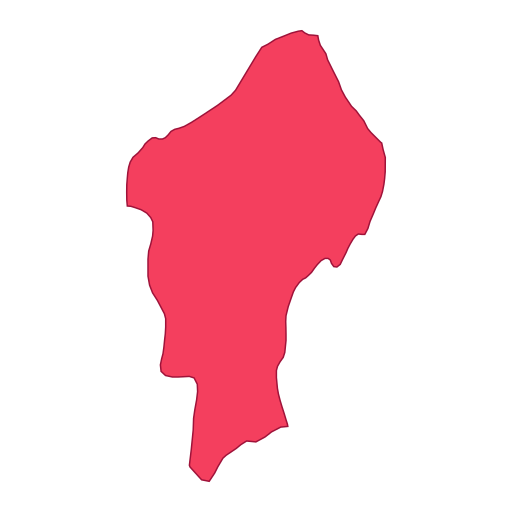 Boumi-Louetsi, Ngounié, Gabon (Equal Earth projection)
{"feature_id": "22940354B74910664495270", "entity_name": "Boumi-Louetsi", "entity_type": "district", "adm_level": 2, "iso_a3": "GAB", "parent_name": "Gabon", "parent_adm1": "Ngounié", "projection": "equal_earth", "projection_center": [11.888, -2.012], "detail": "fine", "context": "isolated", "style": "filled", "palette": "rose", "viewbox_px": 512, "rotation_deg": 0, "n_neighbors": 0, "source": "geoboundaries", "source_scale": "gbopen_adm2", "svg_char_len": 2183}
<svg xmlns="http://www.w3.org/2000/svg" viewBox="0 0 512 512"><path d="M317.8,35.7L313.5,35.2L308.7,34.9L305.1,33.1L304.7,32.9L301.9,30.7L298.3,31.2L291.2,33.1L284.8,35.7L275.4,39.4L267.8,44.3L261.8,47.3L255.7,56.8L235.6,90.2L231.1,95.2L217.5,105.4L201.9,115.7L191.6,122.3L184.3,126.4L178.9,128.3L174.8,129.3L171.0,131.4L168.0,135.1L165.3,137.7L162.5,139.0L158.8,139.0L155.7,137.7L152.2,137.9L148.1,141.0L145.0,144.0L142.8,147.6L138.0,153.0L133.0,157.3L130.2,162.1L128.7,167.1L127.8,172.6L127.3,178.2L126.8,184.7L126.7,192.1L126.8,200.0L127.3,206.0L130.9,206.3L135.1,207.6L141.1,209.7L146.8,213.1L150.7,217.5L152.8,221.8L153.1,230.5L152.6,236.1L150.8,243.9L148.7,251.0L148.0,259.1L148.0,267.5L148.0,276.2L149.6,285.2L152.6,292.9L157.4,300.4L164.4,313.7L165.7,318.7L165.7,327.1L165.3,333.9L164.6,340.1L163.9,347.2L163.0,353.7L161.6,359.0L160.4,364.9L161.1,371.4L165.5,375.5L172.4,377.0L177.7,377.0L183.7,376.7L189.3,376.4L194.1,377.9L197.3,384.2L197.6,391.6L196.6,400.0L194.8,409.9L193.6,418.3L193.2,430.1L191.3,449.3L189.4,465.3L190.1,467.1L201.6,479.8L209.2,481.3L214.7,473.0L217.8,466.8L222.9,458.2L226.2,455.2L236.3,448.4L240.9,444.6L246.6,441.0L255.9,441.9L265.1,436.9L271.5,431.9L280.7,427.1L287.8,426.4L287.4,424.1L286.0,419.7L284.3,414.0L281.8,406.2L280.1,400.5L278.4,393.9L277.4,388.3L276.4,377.6L276.4,370.5L277.5,366.3L280.1,361.7L283.2,357.4L284.8,352.4L285.3,347.4L286.0,340.5L286.0,334.7L285.9,328.0L285.7,321.4L286.0,315.7L288.2,306.7L291.2,298.0L293.4,291.8L295.6,287.5L299.3,282.5L302.7,279.3L305.6,277.9L308.3,275.5L311.5,272.4L314.6,268.0L317.3,264.6L321.1,260.6L325.0,258.4L328.1,258.4L330.3,260.0L331.5,263.4L333.8,266.6L336.9,267.0L340.2,264.4L342.5,259.6L346.1,252.5L347.8,248.5L350.2,243.9L353.0,239.2L355.4,236.0L358.3,234.0L362.0,234.4L364.8,234.4L367.9,228.5L370.0,221.5L373.4,213.6L375.7,208.0L378.8,201.2L380.9,196.7L382.5,191.5L383.9,184.3L384.6,178.8L385.2,171.8L385.3,157.5L383.1,149.6L381.7,143.0L380.8,142.4L370.9,132.5L367.6,128.5L363.8,120.8L359.2,115.0L356.3,111.0L351.5,106.3L345.3,97.1L341.4,89.8L338.6,81.8L333.5,71.7L327.6,59.8L325.9,53.8L322.9,49.2L320.3,45.3L318.6,40.1L317.8,35.7Z" fill="#f43f5e" stroke="#9f1239" stroke-width="1.5"/></svg>